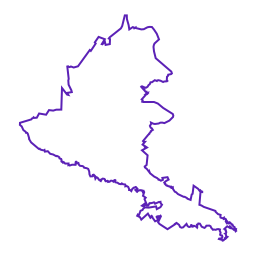 Socoltenango, Chiapas, Mexico (Albers equal-area conic projection)
{"feature_id": "50627088B25618251914079", "entity_name": "Socoltenango", "entity_type": "district", "adm_level": 2, "iso_a3": "MEX", "parent_name": "Mexico", "parent_adm1": "Chiapas", "projection": "albers", "projection_center": [-92.326, 16.102], "detail": "fine", "context": "isolated", "style": "outline", "palette": "violet", "viewbox_px": 256, "rotation_deg": 0, "n_neighbors": 0, "source": "geoboundaries", "source_scale": "gbopen_adm2", "svg_char_len": 5929}
<svg xmlns="http://www.w3.org/2000/svg" viewBox="0 0 256 256"><path d="M220.6,214.9L218.0,214.1L215.6,211.8L215.4,210.9L203.8,206.9L201.3,205.4L199.4,204.8L200.5,192.0L202.2,192.1L202.2,191.6L201.1,191.2L200.2,190.2L199.5,190.7L198.1,188.8L193.6,185.7L192.6,193.8L191.7,194.5L190.6,199.9L187.4,198.7L186.9,198.0L184.6,196.8L183.6,196.8L178.0,194.1L176.0,192.2L174.8,191.7L173.0,189.0L172.8,187.3L172.2,187.6L172.1,188.1L171.4,188.0L171.2,187.4L171.5,186.8L171.2,186.6L170.2,187.0L169.7,186.4L168.4,186.3L167.5,185.6L167.2,185.8L166.3,185.4L165.0,184.0L165.3,183.8L164.3,182.5L166.2,180.9L168.6,179.6L167.5,177.2L162.4,177.9L162.9,179.8L160.9,180.7L158.8,179.4L158.9,179.8L158.5,179.7L158.4,179.2L157.0,178.0L154.2,176.6L150.0,173.2L149.5,171.9L149.4,172.3L146.9,169.0L144.9,167.4L144.7,166.5L146.6,165.0L147.6,155.3L142.0,150.3L147.0,147.5L145.2,146.3L144.8,146.9L144.1,145.6L142.6,144.6L144.9,141.9L143.7,141.9L143.0,141.1L148.2,134.8L149.2,134.0L149.1,133.7L151.0,131.5L150.8,131.2L151.1,130.8L152.8,129.9L151.8,128.3L150.7,127.7L149.9,125.9L151.2,123.8L151.0,122.6L153.3,123.7L154.9,124.0L158.7,123.5L160.2,122.7L162.2,122.6L164.4,123.1L169.4,120.6L173.0,117.0L173.3,115.5L172.8,114.0L163.1,107.9L157.8,103.5L154.0,102.0L143.3,102.0L142.2,101.7L142.7,100.3L141.7,99.4L146.2,94.4L145.6,94.3L147.0,93.0L147.4,92.9L146.9,93.6L147.3,93.9L148.0,93.1L147.7,92.9L146.8,92.8L146.5,91.7L145.6,91.8L144.0,89.9L145.3,89.6L143.5,89.4L140.6,86.1L141.6,86.8L142.2,86.4L145.0,87.6L146.3,87.6L147.6,86.7L148.6,85.0L149.7,84.3L150.5,82.3L152.0,82.2L154.8,80.2L156.9,81.0L157.2,80.5L158.3,80.2L160.5,80.7L163.1,82.0L164.1,81.5L166.9,81.3L167.4,80.9L166.8,80.1L167.0,76.8L168.0,75.8L168.2,74.7L171.1,74.1L171.9,73.4L171.3,71.6L155.7,58.2L154.0,51.3L153.5,46.9L153.8,45.2L154.5,43.5L159.0,39.4L156.8,33.8L154.0,29.6L151.9,27.0L149.3,26.9L147.4,27.3L143.8,29.2L141.4,29.4L135.6,28.0L135.6,27.5L134.2,28.3L133.7,27.4L132.8,27.1L129.3,29.4L128.6,25.0L126.9,19.0L126.8,15.4L124.8,15.4L122.2,26.0L120.9,28.4L109.7,37.3L108.8,38.5L110.0,39.1L109.8,44.1L105.6,44.9L104.9,41.8L102.4,44.3L101.8,44.1L104.8,39.2L98.6,36.9L94.8,42.4L95.7,43.5L90.8,50.9L89.8,50.0L78.0,66.3L73.7,67.5L70.9,66.5L69.7,67.1L68.9,66.9L68.1,66.3L67.3,66.5L68.7,78.9L68.3,80.5L68.6,84.7L71.4,90.4L71.8,92.1L67.1,92.9L68.3,94.9L67.1,94.6L62.0,88.0L61.3,109.6L56.2,109.7L53.2,110.6L49.0,110.1L46.1,114.7L39.1,113.5L36.8,117.7L34.5,117.9L33.7,117.4L33.6,117.9L32.2,118.3L31.3,119.4L20.0,122.8L19.9,124.9L21.7,126.4L23.4,130.1L25.7,131.8L26.0,132.8L27.2,132.9L27.8,133.8L29.2,138.4L29.0,138.9L31.1,142.4L38.8,148.9L39.7,148.7L40.3,149.5L41.9,150.0L43.9,150.4L44.5,150.0L44.9,151.6L47.8,151.2L50.2,153.8L53.2,154.5L56.2,156.2L56.8,155.9L58.4,156.6L59.3,157.3L59.5,158.4L61.2,159.0L61.5,159.9L61.4,161.4L61.6,161.7L62.2,161.6L63.0,162.7L63.7,162.1L65.2,163.6L68.5,163.5L68.4,165.2L69.3,165.0L69.8,165.5L72.1,164.7L75.5,164.8L75.6,162.4L75.8,161.8L76.2,161.7L76.5,161.8L76.6,163.5L78.4,163.0L78.9,164.7L80.0,165.8L82.6,166.1L83.6,166.7L84.1,167.7L86.7,168.2L88.2,168.9L89.2,171.4L89.5,174.4L90.4,176.4L92.7,176.3L93.1,176.0L92.9,174.9L93.7,174.7L95.2,176.2L95.8,177.3L95.1,177.5L95.4,178.7L96.4,177.2L96.7,177.2L98.1,178.3L98.7,179.5L99.1,179.9L100.1,179.8L100.4,180.9L100.8,181.1L101.9,179.1L102.8,178.6L104.3,178.9L105.0,179.5L105.1,180.6L105.8,181.3L107.5,180.8L109.0,181.7L109.5,181.2L109.0,181.8L109.7,181.7L110.6,180.8L111.6,180.7L112.7,181.0L113.3,181.6L114.3,180.2L115.0,180.0L115.4,180.3L114.8,181.5L115.4,182.3L117.5,182.7L119.0,183.8L121.0,184.2L121.8,183.4L122.9,184.2L125.2,184.5L125.6,185.5L125.4,186.3L126.8,186.1L128.2,186.9L129.1,189.0L129.1,190.0L130.1,190.0L131.3,191.1L132.3,188.9L133.7,187.7L134.6,187.7L135.4,187.0L136.0,187.1L137.5,188.9L136.7,189.7L137.1,190.1L136.8,190.4L136.2,189.6L135.4,190.0L136.4,191.0L137.2,191.2L136.5,192.5L137.9,190.9L140.0,190.1L141.4,190.6L141.5,190.3L142.4,190.5L142.8,191.9L143.7,191.1L144.2,192.1L143.0,195.8L145.7,197.7L144.5,199.1L146.0,202.7L142.0,205.7L143.0,206.2L146.7,204.4L147.0,205.4L148.3,205.4L149.4,203.3L150.0,203.0L150.5,203.3L153.7,202.5L153.7,203.3L154.0,202.5L154.6,202.7L155.1,203.7L159.1,201.9L159.8,202.2L160.5,201.9L160.8,203.5L162.0,204.7L160.4,207.2L156.8,209.1L156.1,206.4L148.8,207.6L144.9,207.4L143.3,208.6L142.5,210.0L140.5,210.8L139.0,214.9L138.3,215.0L137.8,214.6L137.2,215.8L140.0,217.2L141.3,219.6L147.9,213.6L150.4,217.8L151.0,217.3L150.6,216.8L151.3,216.1L151.7,216.5L151.9,216.2L152.2,216.6L152.0,216.9L155.1,221.3L158.3,220.0L156.6,216.9L157.1,216.4L158.5,216.2L158.8,217.0L160.5,215.7L160.9,216.3L158.1,222.2L159.4,223.9L167.5,229.2L175.2,224.2L175.0,223.9L176.5,222.9L179.1,224.9L180.1,227.0L181.6,227.7L183.2,227.3L186.5,223.9L187.5,226.0L188.6,226.8L189.3,227.0L190.2,226.7L191.0,225.8L191.3,224.3L191.8,226.5L192.8,226.7L193.3,225.9L194.3,225.9L196.3,226.7L197.1,227.6L197.3,227.1L196.8,226.6L197.2,225.4L197.0,224.7L197.7,224.6L198.3,223.5L199.9,223.7L201.7,226.7L204.4,227.9L205.2,227.4L206.4,225.7L209.4,225.6L210.6,226.3L211.1,227.6L213.0,229.8L213.8,229.5L215.8,229.8L217.0,229.2L218.6,229.1L220.0,229.5L219.7,230.7L220.6,232.6L220.1,234.7L220.4,235.2L222.0,235.5L222.4,236.7L222.2,237.8L220.6,238.5L219.1,238.6L218.9,239.0L222.4,240.0L222.6,240.6L223.4,240.4L224.8,239.0L224.9,238.5L225.5,238.8L227.4,236.9L226.6,236.6L226.0,236.9L226.3,236.0L225.8,234.6L225.9,234.2L225.2,233.6L225.9,233.3L226.3,232.1L225.4,230.1L225.7,230.0L225.4,229.3L224.4,228.9L227.2,226.3L229.5,227.7L229.7,227.0L230.4,228.1L230.8,228.2L231.0,227.4L231.5,228.2L232.7,228.7L233.9,229.9L235.0,229.9L235.6,231.3L236.1,230.9L235.7,230.4L236.1,229.0L234.8,228.3L234.5,227.0L233.4,226.5L232.4,224.5L231.8,224.6L230.2,222.6L229.5,222.3L229.4,223.3L228.8,223.5L228.3,223.4L228.2,222.9L226.9,223.4L226.1,222.0L226.4,221.6L227.3,222.1L227.0,221.1L225.8,220.9L226.1,219.6L225.7,219.0L225.1,218.7L223.9,219.0L223.9,217.7L222.8,218.3L220.6,217.6L220.3,217.0L220.6,214.9Z" fill="none" stroke="#5b21b6" stroke-width="2"/></svg>